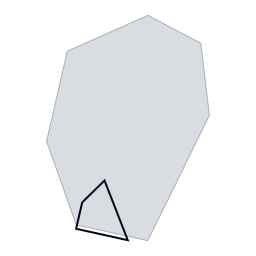 Yaren highlighted on a map of Nauru
{"feature_id": "NRU-4983", "entity_name": "Yaren", "entity_type": "state/province", "adm_level": 1, "iso_a3": "NRU", "parent_name": "Nauru", "parent_adm1": "", "projection": "natural_earth1", "projection_center": [166.924, -0.543], "detail": "fine", "context": "in_parent", "style": "outline", "palette": "ink", "viewbox_px": 256, "rotation_deg": 0, "n_neighbors": 0, "source": "natural_earth", "source_scale": "10m", "svg_char_len": 348}
<svg xmlns="http://www.w3.org/2000/svg" viewBox="0 0 256 256"><path d="M209.4,115.3L147.8,240.6L76.3,224.9L46.6,141.4L67.3,51.2L147.8,15.4L200.8,43.3L209.4,115.3Z" fill="#d9dde1" stroke="#a8b0b8" stroke-width="1"/><path d="M127.8,240.2L76.1,228.8L82.2,202.4L88.0,196.7L104.5,180.5L127.8,240.2Z" fill="none" stroke="#020617" stroke-width="2"/></svg>